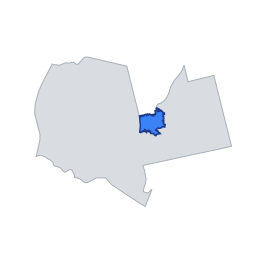 Sayaxché, Petén, Guatemala shown in context, rotated 76°
{"feature_id": "79465075B52336301108850", "entity_name": "Sayaxché", "entity_type": "district", "adm_level": 2, "iso_a3": "GTM", "parent_name": "Guatemala", "parent_adm1": "Petén", "projection": "natural_earth1", "projection_center": [-90.182, 16.297], "detail": "fine", "context": "in_parent", "style": "filled", "palette": "blue", "viewbox_px": 256, "rotation_deg": 76, "n_neighbors": 0, "source": "geoboundaries", "source_scale": "gbopen_adm2", "svg_char_len": 6280}
<svg xmlns="http://www.w3.org/2000/svg" viewBox="0 0 256 256"><g transform="rotate(76 128 128)"><path d="M47.6,186.0L48.6,184.8L49.5,182.0L50.6,179.1L50.0,175.8L49.6,173.1L50.8,169.2L50.7,166.3L51.3,164.5L53.1,163.3L54.1,161.1L48.9,153.4L48.9,151.6L49.6,149.5L53.8,141.3L58.9,131.5L64.4,120.7L67.8,114.2L79.9,114.2L87.9,114.2L98.1,114.2L109.2,114.2L116.4,114.2L119.4,114.1L118.9,109.9L119.3,105.2L120.7,101.0L120.7,99.1L118.5,96.8L114.3,95.5L112.0,93.5L111.9,90.9L110.9,87.8L108.9,84.2L104.7,80.4L98.3,76.6L92.9,71.5L88.4,65.1L84.6,61.0L81.6,59.3L81.0,58.4L89.5,58.5L97.6,58.5L97.7,49.3L97.7,41.2L97.8,32.0L112.5,32.0L130.0,32.0L148.2,32.0L162.5,32.0L170.8,32.0L170.5,43.5L170.1,56.7L169.7,66.4L169.3,79.4L168.9,92.7L168.3,110.8L167.9,122.5L168.1,122.8L172.9,122.2L180.0,122.7L181.7,122.7L183.9,123.7L185.5,124.0L189.1,126.6L193.4,128.6L196.0,124.6L194.6,122.2L193.6,120.9L193.7,119.9L208.4,130.3L206.7,131.9L203.0,135.6L196.2,141.9L190.1,147.6L184.3,152.8L179.1,157.4L178.4,157.9L171.8,161.2L170.7,162.7L169.2,169.3L168.6,170.9L169.8,174.5L171.0,180.2L170.6,183.1L166.0,186.7L163.9,190.0L163.0,192.1L162.2,191.5L160.7,191.4L157.4,192.2L155.8,192.4L154.5,193.3L154.4,195.3L155.3,198.6L155.6,200.3L154.6,201.1L150.6,203.0L149.0,205.0L147.5,208.0L145.7,209.3L143.8,209.1L142.5,209.5L139.7,211.8L135.4,216.2L133.2,219.4L133.1,221.9L133.6,224.0L118.1,216.3L113.0,215.0L91.3,215.1L82.0,212.1L71.4,206.2L64.3,200.9L47.6,186.0Z" fill="#d9dde1" stroke="#a8b0b8" stroke-width="1"/><path d="M128.8,115.4L134.3,117.4L135.5,117.9L135.4,117.8L135.3,117.5L135.4,116.8L135.5,116.6L135.4,116.5L135.2,116.6L134.9,116.6L134.8,116.4L134.9,116.2L135.1,116.0L135.3,115.3L135.2,115.2L134.9,115.0L134.7,114.8L134.7,114.6L134.5,114.4L134.5,114.2L134.5,113.8L134.5,113.7L135.0,113.8L135.1,113.7L135.3,113.6L135.3,113.3L135.0,113.0L134.7,113.1L134.6,112.8L134.5,112.7L134.2,112.4L133.9,112.5L133.7,112.4L133.5,112.2L133.8,111.9L133.8,112.2L133.9,112.3L134.2,112.1L134.4,112.2L134.7,112.0L134.8,112.0L135.1,112.2L135.3,112.1L135.4,111.9L135.6,112.0L135.9,112.0L136.1,111.6L136.4,111.2L136.8,111.1L136.6,110.9L136.3,111.0L136.1,110.8L135.9,110.7L135.8,110.8L136.0,111.0L135.9,111.1L135.5,110.6L135.5,110.3L135.7,110.2L135.7,109.8L135.9,109.5L135.5,109.4L135.3,109.5L135.3,109.3L135.6,109.0L135.8,109.0L136.2,109.1L136.3,108.9L135.9,108.4L135.7,108.7L135.6,108.8L135.4,108.6L135.2,108.5L135.2,108.4L135.7,108.1L136.0,108.0L135.9,107.7L136.2,107.5L136.4,107.5L136.5,107.5L136.4,107.4L136.6,107.3L136.6,107.5L136.8,107.7L136.8,107.4L137.0,107.5L137.3,107.6L137.5,107.6L138.0,107.4L138.3,107.0L138.5,107.3L138.8,107.3L138.9,106.9L138.8,106.6L139.0,106.5L139.0,106.3L139.3,106.0L139.3,105.6L139.5,105.3L139.5,105.2L139.5,104.6L139.9,104.4L140.0,104.4L140.3,104.2L140.6,104.2L140.8,104.2L141.0,103.9L141.4,103.6L141.5,103.4L141.6,103.5L141.7,103.4L142.1,103.2L142.2,102.9L142.2,102.7L141.9,102.3L141.8,102.2L140.9,101.2L141.1,100.6L141.3,98.4L141.2,98.5L141.1,98.3L141.1,98.5L140.8,98.6L140.7,98.9L140.7,99.1L140.3,99.2L140.1,98.8L140.0,99.0L139.9,99.0L139.6,99.2L139.7,99.3L139.6,99.6L139.1,99.5L138.9,99.7L138.7,99.8L138.6,99.7L138.4,99.8L138.2,100.0L138.1,99.9L138.0,100.1L138.1,100.4L137.9,100.4L137.8,100.5L137.7,100.4L137.6,100.6L137.5,100.8L137.3,101.0L137.2,101.2L137.1,101.4L136.7,101.7L136.5,101.4L136.4,101.3L136.4,101.2L136.2,101.0L136.3,100.8L136.1,100.7L136.0,100.3L136.0,100.2L135.8,100.0L135.8,99.8L135.8,99.6L135.3,99.2L135.2,98.9L135.7,98.8L135.8,98.7L135.8,98.2L135.6,98.0L135.6,97.9L135.9,97.4L136.0,96.7L135.7,96.3L135.8,95.8L135.8,95.4L135.8,95.1L135.7,95.0L135.4,95.0L135.3,94.9L135.2,94.5L135.1,94.2L135.2,93.8L135.3,93.3L136.0,92.4L136.0,92.2L135.9,92.0L135.7,92.0L135.4,92.2L135.1,91.8L134.7,91.5L134.5,91.4L134.3,91.3L133.9,91.1L133.7,91.6L133.6,91.3L133.4,91.3L133.3,92.0L133.2,92.2L132.9,92.3L132.1,92.3L131.4,92.5L131.1,92.5L131.0,92.4L131.1,92.1L131.1,91.9L130.8,91.8L130.5,91.9L130.3,92.1L130.0,92.2L129.9,92.4L129.8,92.5L129.8,92.1L129.7,91.8L129.5,91.5L129.3,91.4L129.1,91.4L128.8,91.9L128.6,92.0L128.4,91.9L127.8,91.2L127.5,90.9L127.3,90.9L127.1,91.1L126.9,91.1L126.5,90.9L126.0,90.8L125.6,90.6L125.3,90.6L125.1,90.7L125.0,90.9L125.0,91.1L125.0,91.3L124.8,91.5L123.7,90.4L123.2,90.5L123.1,90.4L123.0,90.2L123.1,89.9L123.3,89.9L123.5,89.9L123.7,89.7L123.5,89.3L123.4,89.2L122.8,89.3L122.2,89.1L122.1,89.4L122.5,90.2L122.5,90.5L122.0,90.3L121.6,90.4L121.4,90.3L121.0,90.3L120.6,90.4L120.5,90.5L120.5,90.9L120.4,91.1L120.1,91.3L119.9,91.2L119.7,91.1L118.7,91.6L118.6,91.8L118.7,92.0L119.1,92.1L119.3,91.8L119.5,91.8L119.6,92.0L119.5,92.4L119.3,93.0L119.2,93.7L119.3,94.1L119.5,94.5L119.4,94.8L118.9,94.6L118.8,93.8L118.7,92.9L118.2,92.7L117.9,93.2L117.9,93.6L117.7,93.7L117.4,93.5L117.3,93.3L117.4,93.0L117.2,93.2L116.9,93.3L116.6,93.7L116.5,94.5L116.6,94.8L116.3,94.8L116.1,94.7L115.8,94.8L115.6,94.9L115.4,95.3L115.5,95.6L116.2,96.0L116.4,95.9L116.5,95.6L116.8,95.4L117.1,95.5L117.3,95.6L117.4,96.1L117.5,96.2L117.9,95.9L118.2,95.9L118.2,96.1L118.1,96.8L117.8,97.3L117.8,97.6L118.4,97.6L119.0,97.7L119.5,97.6L119.9,97.6L120.4,97.6L120.6,97.7L120.8,98.3L121.0,98.5L121.2,98.3L121.4,98.0L121.7,98.1L121.8,98.2L121.7,98.5L121.3,98.8L121.2,99.0L121.4,99.4L121.8,99.8L122.1,99.9L122.3,99.9L122.5,100.1L122.5,100.4L122.3,100.6L122.1,100.5L121.8,100.1L121.5,99.9L121.3,100.0L120.9,100.5L120.8,100.8L120.9,101.2L121.0,101.2L121.0,100.7L121.3,100.7L121.4,101.1L122.0,101.3L122.0,101.5L121.9,101.7L121.8,101.8L121.5,101.6L121.3,101.6L121.1,101.9L120.8,102.2L120.8,102.4L120.9,102.6L121.0,102.7L120.8,103.1L120.6,103.2L120.3,103.1L119.9,103.2L119.8,103.4L119.8,103.6L120.0,103.8L119.7,104.1L119.7,104.4L119.8,104.5L120.0,104.6L120.2,104.9L120.4,105.1L120.4,105.3L120.3,105.5L120.1,105.6L119.7,105.2L119.3,105.5L119.1,105.9L119.2,106.1L119.4,106.2L119.7,106.0L119.8,106.0L119.8,106.3L120.1,106.6L119.8,106.6L119.7,106.7L119.2,107.0L119.1,107.4L119.0,107.9L119.2,108.8L119.3,108.9L119.8,109.1L120.1,109.3L120.2,109.5L120.3,109.9L119.7,110.2L119.4,110.2L119.3,110.4L119.3,110.6L119.4,110.8L119.9,110.9L120.1,111.0L120.0,111.4L120.1,111.8L119.9,112.0L119.3,111.6L119.1,111.6L119.0,112.3L119.0,112.7L119.0,113.0L119.3,113.1L119.6,112.7L119.9,112.5L120.1,112.5L120.2,112.9L119.8,113.0L119.4,113.6L119.6,113.9L119.5,114.0L128.8,115.4Z" fill="#3b82f6" stroke="#1e3a8a" stroke-width="1.5"/></g></svg>